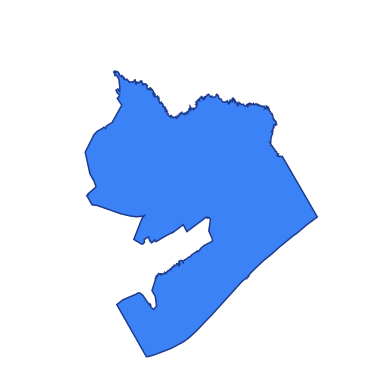 outline of Rucavas pag., Rucavas, Latvia, rotated 250°
{"feature_id": "27541924B59290429759101", "entity_name": "Rucavas pag.", "entity_type": "district", "adm_level": 2, "iso_a3": "LVA", "parent_name": "Latvia", "parent_adm1": "Rucavas", "projection": "natural_earth1", "projection_center": [21.143, 56.166], "detail": "fine", "context": "isolated", "style": "filled", "palette": "blue", "viewbox_px": 384, "rotation_deg": 250, "n_neighbors": 0, "source": "geoboundaries", "source_scale": "gbopen_adm2", "svg_char_len": 6124}
<svg xmlns="http://www.w3.org/2000/svg" viewBox="0 0 384 384"><g transform="rotate(250 192 192)"><path d="M52.8,92.8L52.2,95.5L51.9,100.8L52.2,119.1L54.2,133.0L56.4,140.2L59.9,148.4L70.1,169.2L90.8,208.3L92.6,213.2L91.2,214.1L92.1,213.7L92.8,214.3L93.8,216.0L93.9,216.6L93.6,216.6L95.0,217.7L98.6,225.4L103.2,236.1L106.1,244.7L110.5,255.7L116.3,272.3L117.5,276.8L121.6,287.6L125.7,301.2L194.6,289.0L195.6,286.3L196.5,285.9L195.7,285.6L196.9,284.4L198.2,286.1L198.6,284.9L201.2,285.2L201.7,284.3L203.8,284.3L206.5,283.0L207.4,283.4L208.8,282.0L209.3,282.5L211.8,282.1L211.3,282.8L215.4,284.5L218.5,286.8L219.3,287.8L221.8,287.6L221.4,288.8L223.1,289.1L224.5,291.0L225.1,290.7L225.9,291.1L225.8,291.6L227.1,292.0L226.2,292.8L226.1,293.7L227.2,293.9L227.1,294.7L227.9,294.3L228.8,295.0L230.1,294.8L231.1,293.8L231.7,294.0L232.4,293.5L232.6,293.9L233.6,293.5L236.7,294.0L238.4,293.9L238.4,293.2L240.9,293.0L241.5,292.4L242.6,292.8L244.4,292.5L244.6,292.8L246.4,292.3L246.9,291.6L246.3,291.8L245.8,291.2L244.2,291.1L244.7,290.4L245.6,290.3L244.7,289.6L246.1,289.9L246.4,289.5L246.1,289.0L246.8,289.4L247.9,289.0L247.5,288.4L249.0,287.2L248.7,286.4L250.5,285.2L250.0,284.3L251.7,284.0L252.1,283.6L251.7,283.1L252.4,283.1L252.5,282.3L253.0,282.1L252.4,280.5L254.2,280.0L253.6,279.2L254.2,278.2L253.8,277.7L254.7,277.7L255.2,277.1L254.6,277.1L255.5,276.9L255.8,276.2L255.4,276.0L255.5,275.6L254.9,275.8L255.1,274.9L254.4,275.4L254.3,274.9L253.7,274.6L254.3,274.0L253.6,273.5L255.2,273.1L254.5,272.0L254.4,271.1L257.1,270.1L257.0,268.6L259.8,267.0L258.9,266.8L258.5,265.8L257.8,265.3L257.7,264.1L258.3,264.1L259.1,265.4L259.7,265.3L260.7,264.9L260.9,264.4L260.7,264.0L263.0,263.7L262.4,263.1L264.6,263.5L266.2,262.7L266.2,261.9L265.7,261.7L265.1,261.7L264.7,262.4L264.0,262.0L264.2,261.2L263.4,260.9L265.1,259.9L265.3,259.2L263.5,258.9L264.0,258.3L262.3,257.2L262.2,256.6L263.1,256.2L264.1,256.8L265.7,256.3L264.9,255.5L265.0,254.7L265.9,252.2L266.9,251.2L269.4,251.1L270.2,249.5L273.7,249.6L275.3,248.8L275.2,248.0L274.1,247.6L273.4,246.2L273.4,244.7L274.1,244.0L275.1,243.8L275.2,243.4L274.8,243.1L275.3,242.8L275.1,241.6L277.5,241.4L278.2,240.8L277.9,240.5L278.1,239.6L276.9,238.3L277.2,237.3L276.3,237.0L276.7,236.8L276.4,236.3L277.0,236.2L276.7,235.6L275.1,235.4L274.8,234.6L275.5,234.6L275.5,234.1L277.5,234.1L277.2,233.1L278.3,233.3L277.1,230.7L275.2,230.4L276.5,229.5L276.5,228.8L276.1,228.6L275.6,229.0L275.7,227.7L274.9,226.9L275.0,226.5L273.3,227.1L273.6,226.2L272.8,226.0L272.7,225.5L272.0,226.2L271.1,225.4L270.4,225.4L269.2,222.8L269.6,222.1L270.9,222.3L269.2,221.4L270.1,221.2L270.7,219.9L273.1,219.5L271.1,218.7L269.4,218.9L269.4,217.8L270.8,218.2L271.1,217.7L269.5,216.9L269.2,216.1L267.6,214.9L268.9,214.6L268.5,213.8L267.8,214.4L268.0,212.5L267.3,212.1L268.5,211.9L268.1,210.7L269.2,210.3L269.4,209.9L269.2,209.5L270.4,209.6L269.5,206.8L269.1,206.5L268.8,206.8L268.3,206.3L268.6,206.1L267.7,205.9L267.6,204.6L268.3,204.2L267.6,204.0L267.6,203.5L266.9,203.7L266.6,203.1L268.2,202.4L267.7,201.5L268.6,200.4L268.1,199.9L269.2,198.9L270.4,198.9L269.8,197.9L270.5,198.2L271.2,197.8L270.6,197.1L271.4,196.1L273.2,195.8L273.9,196.4L274.9,195.4L275.9,195.5L276.2,196.1L276.6,195.3L277.3,196.1L278.1,196.1L277.6,195.1L278.4,195.5L278.8,194.9L280.3,195.7L280.6,195.2L281.0,195.5L281.3,194.5L281.9,194.5L282.4,193.8L283.4,194.2L283.1,194.6L285.1,194.5L286.0,193.6L286.8,193.7L286.4,192.9L287.0,192.6L286.2,192.5L286.7,192.0L287.4,192.4L289.8,192.1L290.2,192.7L291.9,193.0L291.8,192.4L292.5,192.9L292.6,192.4L293.9,192.3L293.6,191.6L293.1,191.7L294.4,190.8L294.7,189.7L295.2,189.7L294.7,189.2L296.8,189.0L296.4,190.6L298.2,190.2L298.3,189.4L299.9,190.1L301.9,189.3L302.2,188.3L302.4,189.0L303.0,188.3L303.1,189.0L304.1,188.5L304.2,188.0L303.3,187.5L303.0,186.9L304.3,186.1L304.0,185.6L306.3,185.3L307.2,186.4L308.2,186.1L308.1,185.6L309.2,185.6L309.8,184.8L309.5,184.3L310.3,183.5L309.5,182.5L313.6,182.7L313.8,181.9L313.2,181.4L313.7,181.2L313.0,180.3L313.3,179.7L312.9,179.2L314.0,177.8L313.4,177.7L313.4,177.1L312.5,176.4L313.6,176.0L313.8,176.5L316.8,176.9L316.8,176.3L315.9,176.1L316.1,175.3L315.4,174.0L316.1,173.4L316.3,171.0L317.1,170.9L317.1,170.4L319.1,169.9L319.3,169.1L320.2,169.4L320.7,167.1L321.3,166.6L321.9,166.7L322.2,167.4L324.4,166.4L323.8,166.3L324.0,165.5L325.2,165.5L326.0,163.9L328.4,164.0L330.3,163.3L332.1,160.7L331.5,160.3L331.6,159.5L331.0,159.4L330.3,160.6L330.0,159.7L327.7,159.4L327.3,161.0L323.1,161.9L314.7,159.9L311.4,158.5L314.2,157.6L313.6,155.4L310.9,155.7L307.5,157.1L305.9,154.8L305.7,153.8L297.6,155.7L284.6,140.6L283.3,134.0L281.2,132.7L283.1,131.3L282.4,129.8L281.5,123.9L279.7,119.9L266.0,105.3L244.0,102.3L238.3,103.2L238.3,103.6L230.0,103.7L229.1,102.5L225.9,93.7L224.8,93.7L224.8,91.9L214.1,93.7L211.9,98.1L196.4,117.0L190.6,125.7L187.7,131.3L186.2,137.0L186.1,139.1L184.9,137.0L183.6,135.4L167.3,121.1L160.2,126.9L160.0,128.4L161.1,130.2L163.6,130.7L164.7,135.6L160.1,135.7L160.0,136.2L158.1,136.5L158.9,139.8L159.4,139.8L159.7,140.8L157.6,141.2L159.4,150.2L160.7,159.5L160.3,159.6L164.3,172.6L156.5,173.6L163.6,197.1L162.1,197.6L162.4,198.6L161.9,198.9L162.0,199.3L159.9,200.0L149.8,194.5L140.9,195.0L138.8,194.3L137.6,185.3L136.3,181.4L134.0,178.1L134.8,176.9L134.1,176.4L134.4,175.9L132.9,169.6L131.7,168.4L131.9,166.2L130.9,164.3L130.8,161.5L130.0,160.4L127.7,159.4L129.5,159.7L130.9,159.1L131.5,158.4L131.5,156.4L130.8,155.6L129.1,156.1L128.7,155.4L127.9,155.8L127.0,154.3L129.5,154.3L129.9,153.0L128.7,152.2L128.5,151.7L129.3,150.1L127.8,149.3L128.3,148.5L128.1,147.7L127.2,146.8L127.2,146.1L126.6,145.8L127.1,145.4L125.8,144.3L126.4,143.7L126.1,143.2L126.3,142.8L125.3,140.7L124.2,139.9L125.9,138.9L124.7,137.7L125.2,136.0L124.5,135.6L124.7,135.2L125.6,135.2L125.9,134.5L125.3,134.0L126.6,133.1L126.2,132.8L126.5,132.1L125.4,131.1L125.5,130.3L124.6,130.2L124.8,129.2L124.2,129.2L123.5,128.6L123.2,127.8L122.4,127.9L113.1,120.7L106.4,121.8L97.0,119.7L94.9,116.3L94.8,115.7L97.4,114.3L99.2,113.7L99.6,114.6L101.4,114.2L101.0,113.2L111.6,110.5L115.1,108.4L115.6,106.3L115.1,104.6L114.4,90.4L111.9,82.8L52.8,92.8Z" fill="#3b82f6" stroke="#1e3a8a" stroke-width="1.5"/></g></svg>